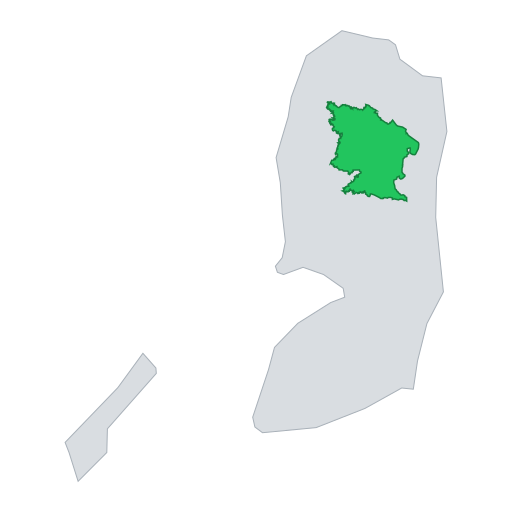 Nablus, West Bank, Palestine shown in context
{"feature_id": "87354302B42764778113026", "entity_name": "Nablus", "entity_type": "district", "adm_level": 2, "iso_a3": "PSE", "parent_name": "Palestine", "parent_adm1": "West Bank", "projection": "natural_earth1", "projection_center": [35.262, 32.179], "detail": "fine", "context": "in_parent", "style": "filled", "palette": "green", "viewbox_px": 512, "rotation_deg": 0, "n_neighbors": 0, "source": "geoboundaries", "source_scale": "gbopen_adm2", "svg_char_len": 6782}
<svg xmlns="http://www.w3.org/2000/svg" viewBox="0 0 512 512"><path d="M441.1,77.9L446.9,131.5L436.6,177.3L435.7,217.4L443.4,291.9L426.9,323.6L417.5,361.0L413.3,389.2L401.7,388.0L365.0,408.4L316.2,427.6L262.5,432.7L254.9,427.0L252.7,417.2L268.5,369.7L274.5,347.4L297.8,323.3L330.8,302.5L344.7,297.2L343.2,288.3L323.5,274.5L303.0,267.3L283.5,274.5L277.4,272.3L275.4,266.2L282.2,257.7L285.4,241.7L282.4,215.1L280.3,182.7L276.1,157.6L288.2,116.8L291.2,97.4L306.4,55.8L341.9,30.7L372.5,38.0L388.7,39.9L395.5,44.8L399.9,59.2L422.5,75.8L441.1,77.9ZM142.9,353.3L155.9,368.0L156.3,373.4L107.4,428.8L106.8,452.5L78.1,481.3L69.1,452.7L65.1,442.4L117.8,387.7L142.9,353.3Z" fill="#d9dde1" stroke="#a8b0b8" stroke-width="1"/><path d="M415.6,154.0L418.1,149.1L418.5,147.5L418.8,144.1L418.4,142.6L408.6,135.6L407.9,134.8L407.2,133.3L406.3,133.5L406.5,133.0L405.5,131.3L406.1,129.4L402.6,127.1L397.5,126.0L396.2,124.9L392.6,120.1L390.8,122.4L390.0,122.5L390.1,123.2L388.0,124.2L387.2,123.7L386.9,122.9L385.6,122.7L382.4,120.4L380.8,120.0L381.2,119.3L380.2,118.5L380.4,117.9L378.8,117.2L377.4,115.2L377.5,113.3L375.9,113.3L375.4,113.1L375.1,112.5L374.3,112.6L374.3,112.2L374.9,111.8L375.5,112.0L375.7,110.8L376.9,110.8L375.0,109.5L373.1,109.0L372.6,108.1L370.7,107.5L369.4,105.8L368.7,105.7L368.6,105.3L365.8,104.5L366.2,106.0L366.0,106.4L365.5,106.3L365.3,106.7L365.6,107.2L365.0,107.8L364.3,107.7L364.3,108.1L363.9,107.8L363.7,108.9L362.8,110.0L362.7,109.7L360.9,109.3L359.6,109.8L358.4,109.0L357.8,109.5L356.3,107.7L355.6,108.1L353.9,107.3L353.1,108.1L352.6,107.9L352.6,108.6L351.5,107.0L351.2,106.9L351.2,108.1L351.4,108.1L351.3,108.8L351.0,108.9L350.6,108.5L351.0,108.0L350.7,107.4L350.1,107.5L349.2,106.0L348.5,106.2L348.0,105.6L347.1,105.4L347.0,105.7L346.0,105.9L345.6,104.8L345.1,105.2L344.6,104.8L342.6,104.7L342.5,105.2L341.9,105.3L342.1,105.5L340.2,106.5L339.3,107.5L338.1,107.5L336.4,106.3L336.4,105.9L335.3,105.6L334.4,103.9L334.4,103.3L333.9,103.5L333.7,104.3L333.2,103.2L332.7,103.6L331.2,102.8L330.9,102.4L331.3,102.2L331.0,101.7L330.3,102.1L327.6,101.9L327.3,102.3L327.7,102.9L328.4,102.9L328.9,102.5L328.7,102.3L329.7,102.1L329.5,102.3L329.6,104.0L328.5,104.1L327.9,104.6L328.1,105.1L327.6,105.5L327.8,106.3L327.0,106.5L327.0,107.2L326.6,107.7L326.9,108.0L327.7,107.0L327.9,107.3L327.4,107.9L327.6,109.0L329.1,109.0L328.9,109.4L329.6,110.0L330.3,109.9L330.8,110.4L330.4,110.9L330.7,111.5L331.2,111.7L332.0,111.4L332.0,111.0L333.3,111.0L332.7,112.5L332.0,113.1L333.4,112.9L333.2,114.3L333.9,114.7L333.9,115.3L333.4,115.0L333.5,115.4L333.7,115.8L334.3,115.7L334.7,116.2L333.8,117.2L333.9,117.8L333.5,118.2L332.7,118.0L333.3,118.6L334.9,118.5L334.9,119.1L334.4,118.9L334.4,119.3L333.6,119.6L334.0,120.0L332.8,120.3L331.7,119.4L331.3,119.6L330.9,119.1L330.0,120.0L329.5,119.3L329.3,119.4L329.6,119.7L328.9,121.3L329.3,121.9L329.7,121.3L330.3,121.5L329.8,122.2L329.9,123.1L330.3,123.0L330.7,123.6L330.4,124.0L330.7,124.8L331.7,124.7L331.2,124.3L331.5,123.6L331.9,124.1L332.4,124.1L332.9,124.4L332.7,125.0L333.1,125.2L333.2,125.8L334.2,126.7L333.8,127.2L333.9,127.7L332.5,128.3L332.3,129.0L332.7,130.5L333.5,130.9L334.3,130.3L335.9,130.6L335.9,131.1L336.8,131.6L336.6,132.1L336.9,132.3L338.3,131.7L338.2,132.3L338.5,132.5L337.5,132.3L336.8,132.8L337.4,133.0L337.2,133.4L337.9,133.6L338.5,133.0L339.1,133.6L339.7,133.7L339.4,134.4L339.9,135.3L340.2,135.2L340.1,134.4L340.8,134.0L340.7,133.4L341.3,133.3L341.4,133.9L341.7,134.0L342.1,133.5L342.3,134.2L341.7,136.5L341.1,136.9L340.9,137.6L340.1,135.8L339.9,135.8L340.6,138.0L339.6,138.7L339.2,138.5L338.5,139.9L338.7,141.0L339.9,142.0L340.0,142.5L339.5,142.4L338.7,141.4L339.7,143.2L339.5,143.5L338.9,142.3L338.7,142.8L338.3,142.8L338.7,143.1L338.2,143.6L338.6,144.1L338.5,144.6L338.0,145.2L338.3,145.8L337.8,146.2L337.9,146.5L337.0,148.3L337.8,148.9L336.6,149.9L336.6,151.2L335.8,152.6L335.8,153.0L335.3,153.2L335.5,154.2L336.2,154.1L336.7,153.6L337.6,154.2L337.5,156.9L336.1,156.3L336.1,157.5L334.8,158.3L335.0,159.3L335.3,159.2L335.1,159.6L334.2,159.7L333.9,159.2L333.3,160.2L331.7,160.3L330.5,163.5L331.0,163.1L331.9,164.5L332.7,164.2L332.6,164.7L333.6,165.4L333.4,165.9L333.7,166.0L333.9,165.5L334.3,165.8L334.4,166.5L334.1,166.8L334.8,167.3L336.3,166.8L336.4,167.1L336.8,166.9L336.7,167.4L339.0,169.1L339.1,169.9L342.5,169.8L343.3,171.0L347.8,171.1L348.6,172.7L349.4,173.3L348.4,173.9L349.6,174.6L351.4,172.4L352.1,172.6L352.4,171.7L353.2,171.4L352.9,170.2L353.1,170.1L359.4,169.9L359.6,171.2L361.1,172.1L360.8,173.2L359.7,173.5L358.2,174.7L358.3,176.9L357.9,177.2L357.1,177.3L356.6,176.5L357.3,175.4L356.8,175.0L356.3,175.5L356.2,176.1L355.9,176.0L355.4,176.7L354.6,176.5L354.4,176.8L355.0,177.8L354.5,178.8L354.8,178.9L354.7,179.5L353.6,180.1L353.9,180.8L353.2,181.6L352.3,181.9L351.8,181.5L352.0,182.1L350.8,182.5L350.8,183.2L350.1,183.2L348.2,184.2L348.1,184.9L348.6,185.3L348.8,186.3L346.8,186.3L346.4,186.8L345.9,186.7L345.2,187.3L345.1,187.9L344.8,187.7L343.1,188.1L343.6,188.9L344.1,188.9L344.3,189.3L344.0,189.5L344.0,190.5L342.5,190.9L343.4,191.3L343.9,190.9L344.0,191.9L344.9,192.0L345.1,192.3L344.7,193.0L345.3,193.7L345.6,193.8L345.7,192.6L345.3,192.7L345.3,192.2L346.0,191.9L345.9,191.4L346.4,191.3L346.5,191.8L347.5,191.8L348.0,191.4L348.4,191.7L348.7,191.4L348.5,191.0L348.8,190.7L349.0,190.9L349.4,190.2L349.0,191.1L349.4,191.2L350.1,189.8L349.7,189.6L349.8,189.2L350.4,189.1L350.8,190.3L352.2,190.5L352.2,190.8L352.7,190.6L352.6,191.2L353.5,190.4L353.8,191.0L353.2,191.7L353.9,191.3L354.2,191.6L352.8,192.4L353.2,192.7L353.0,193.8L353.8,193.6L354.7,194.4L354.3,193.7L356.3,192.7L355.7,192.3L357.7,192.9L357.8,193.5L359.1,193.3L358.6,192.6L359.2,192.2L360.1,192.3L360.3,191.8L361.9,193.0L362.2,192.6L363.0,192.9L363.1,192.5L363.4,192.7L363.7,192.5L362.7,191.9L363.7,191.6L364.6,190.8L364.8,190.9L364.8,192.0L365.7,192.7L365.4,193.4L365.6,194.1L366.5,194.4L367.3,195.2L367.2,195.6L368.2,196.4L369.6,196.5L370.3,194.9L370.2,194.1L370.9,193.8L374.2,194.9L379.5,197.6L380.7,198.5L382.9,198.6L383.4,198.4L383.3,197.9L384.7,197.5L387.6,198.1L388.3,197.4L390.6,197.4L392.4,198.0L392.4,199.4L394.3,198.9L398.6,199.9L399.5,199.3L401.2,199.1L403.3,199.6L404.2,200.6L405.3,200.3L406.7,201.1L406.6,197.4L404.9,196.7L404.8,195.6L403.2,194.8L401.3,195.1L400.4,194.8L400.1,194.0L398.6,193.0L397.9,191.8L397.3,191.7L396.1,189.6L395.1,188.9L394.6,185.4L393.7,182.9L393.8,180.5L393.9,180.0L396.6,179.1L397.0,177.2L399.2,176.2L399.4,178.2L400.8,179.1L402.5,178.5L404.9,176.2L404.9,175.1L402.9,173.7L402.7,173.0L402.0,172.4L402.0,168.3L402.6,166.7L402.4,165.2L402.8,164.9L402.6,164.6L403.1,158.9L404.0,158.2L404.4,157.2L406.9,156.5L407.0,154.8L408.7,153.7L408.4,152.3L407.2,151.1L407.3,148.6L410.0,147.9L410.3,148.9L409.9,152.0L410.6,153.4L412.5,154.5L414.8,154.7L415.6,154.0Z" fill="#22c55e" stroke="#15803d" stroke-width="1.5"/></svg>